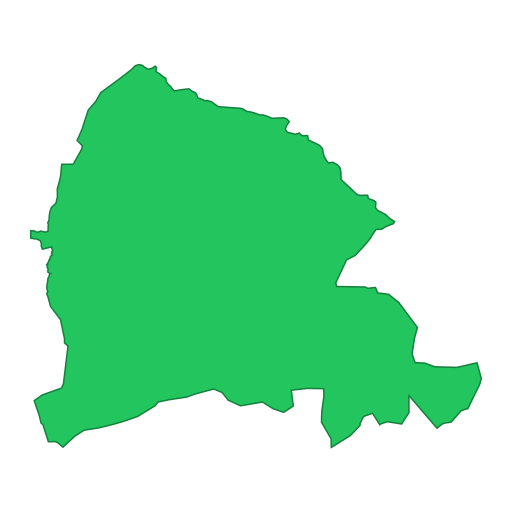 Dass, Bauchi, Nigeria (Albers equal-area conic projection)
{"feature_id": "59680162B55124041708975", "entity_name": "Dass", "entity_type": "district", "adm_level": 2, "iso_a3": "NGA", "parent_name": "Nigeria", "parent_adm1": "Bauchi", "projection": "albers", "projection_center": [9.466, 10.009], "detail": "fine", "context": "isolated", "style": "filled", "palette": "green", "viewbox_px": 512, "rotation_deg": 0, "n_neighbors": 0, "source": "geoboundaries", "source_scale": "gbopen_adm2", "svg_char_len": 3475}
<svg xmlns="http://www.w3.org/2000/svg" viewBox="0 0 512 512"><path d="M259.8,115.0L256.3,113.6L251.7,112.2L246.3,111.2L243.2,109.1L240.8,108.3L218.4,106.7L215.1,104.4L211.4,101.7L206.9,100.4L205.1,100.9L203.0,99.7L200.7,98.9L197.8,97.9L196.7,94.7L195.5,92.7L192.0,91.2L188.9,88.8L185.5,89.2L181.2,89.7L179.0,90.1L177.6,90.4L174.3,90.9L172.6,89.3L170.8,86.7L168.2,84.3L166.2,81.6L165.8,78.3L163.0,76.6L159.7,73.9L155.9,71.5L156.5,67.6L155.2,66.1L152.2,68.2L148.0,69.3L145.2,67.6L142.2,65.3L139.0,64.6L135.4,65.6L131.4,69.6L120.3,78.2L100.7,92.7L95.5,101.8L88.2,110.1L82.0,129.3L77.1,140.5L82.4,145.8L81.7,149.1L73.5,163.8L72.9,164.2L65.5,164.3L61.7,164.3L60.6,176.2L58.7,183.9L57.3,188.9L57.4,196.7L56.0,203.1L51.5,207.3L50.0,211.3L49.3,215.4L49.0,220.0L47.8,222.8L48.4,225.1L48.1,226.4L48.2,227.8L48.1,229.2L48.0,231.2L46.7,231.8L45.2,232.1L42.6,231.5L40.7,231.1L38.7,231.9L37.1,232.2L35.6,231.6L33.5,230.7L30.8,230.7L30.7,233.8L30.8,238.3L32.7,238.5L33.8,238.8L35.1,238.8L36.9,239.1L38.4,239.8L40.2,240.6L41.1,242.8L41.3,243.8L41.3,244.9L41.3,246.3L41.6,246.9L41.9,247.9L42.4,249.2L51.5,246.9L51.8,248.0L52.0,248.9L52.6,250.3L52.5,251.0L51.9,251.6L52.4,252.3L51.7,252.9L51.4,253.8L52.4,254.9L52.0,255.4L51.4,255.6L50.8,256.2L50.3,256.7L50.1,257.8L50.1,259.1L49.6,259.2L49.1,259.9L48.8,260.6L48.6,261.8L48.0,262.4L47.8,263.1L47.9,264.1L47.3,264.5L46.7,264.4L46.7,264.9L46.9,265.3L47.3,265.7L47.5,266.4L47.2,267.1L47.3,267.9L48.0,268.7L48.1,269.7L47.8,270.6L47.9,272.2L49.6,273.3L50.5,273.5L50.0,273.9L49.5,274.7L49.2,275.5L48.9,276.8L48.2,277.7L48.0,278.8L47.7,279.6L47.7,280.9L47.5,282.0L47.4,282.8L47.0,283.9L47.1,285.2L46.8,286.9L46.9,288.4L47.1,289.8L47.5,290.6L47.8,291.4L47.3,292.5L46.8,293.3L47.2,295.2L47.9,296.6L50.5,306.3L60.5,319.7L64.5,338.6L64.5,343.0L68.0,346.0L63.4,384.1L61.4,388.1L42.2,395.0L34.2,400.6L39.2,415.4L41.1,423.1L42.9,424.6L48.4,441.8L55.0,441.6L57.5,442.6L58.6,443.4L61.6,446.0L62.9,447.2L68.0,442.5L71.6,439.2L75.2,435.9L84.1,430.2L99.2,427.8L112.5,424.5L122.8,421.6L137.7,416.4L155.2,405.7L157.9,402.1L168.7,399.8L187.0,397.0L194.1,394.3L213.7,389.0L222.1,392.5L228.2,400.2L240.5,405.8L262.4,402.0L273.4,408.9L274.1,409.1L274.8,409.3L283.3,412.2L284.3,412.0L293.3,406.0L291.3,390.2L307.3,388.4L323.6,388.7L323.9,396.4L322.0,409.7L321.6,416.0L321.5,422.3L331.1,438.8L331.3,447.4L350.3,435.6L360.1,425.3L359.9,423.9L363.5,416.5L372.5,413.3L379.8,424.8L381.4,423.6L387.4,421.7L401.6,424.0L409.0,412.5L408.9,396.2L409.0,395.6L437.0,428.2L442.4,423.9L445.1,423.0L451.0,422.2L461.2,410.7L466.2,409.0L466.3,409.0L467.8,408.7L479.9,383.9L481.3,378.4L477.0,362.8L456.8,367.4L434.8,366.8L424.8,363.1L415.0,362.6L412.1,353.7L414.5,338.2L417.4,327.5L399.0,302.8L399.0,302.7L388.6,294.3L377.7,292.9L375.5,287.5L367.7,288.3L365.3,287.0L336.5,286.5L335.8,282.8L346.5,260.0L352.1,257.0L355.1,255.5L362.5,247.7L366.7,242.9L370.7,237.9L372.4,234.7L376.1,229.4L381.5,229.3L386.1,226.5L393.5,223.6L394.6,221.6L389.7,218.4L385.7,214.6L377.4,210.2L375.5,207.6L375.7,204.9L375.9,202.3L374.1,200.6L368.4,198.6L367.7,195.3L364.7,195.2L360.6,195.4L357.5,194.9L341.1,179.6L341.1,176.5L340.9,172.2L340.0,167.9L337.1,164.6L333.0,162.3L328.3,162.9L325.9,159.6L324.1,156.3L323.0,152.2L322.6,148.9L319.5,145.3L310.9,141.1L308.3,139.9L307.7,135.6L302.2,135.7L300.2,134.2L299.4,133.0L295.5,134.3L287.3,132.2L285.3,129.4L286.4,126.0L289.2,121.6L287.0,119.1L283.9,117.8L271.8,118.3L268.9,116.9L263.0,114.9L259.8,115.0Z" fill="#22c55e" stroke="#15803d" stroke-width="1.5"/></svg>